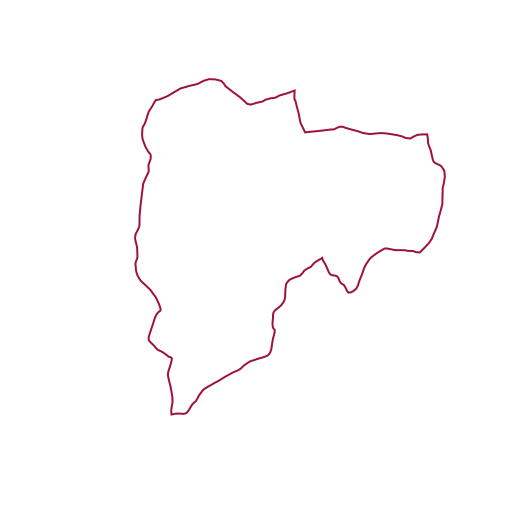 the district of Katsho, Ha, Bhutan, rotated 203°
{"feature_id": "84629894B80124152926189", "entity_name": "Katsho", "entity_type": "district", "adm_level": 2, "iso_a3": "BTN", "parent_name": "Bhutan", "parent_adm1": "Ha", "projection": "equal_earth", "projection_center": [89.286, 27.406], "detail": "fine", "context": "isolated", "style": "outline", "palette": "rose", "viewbox_px": 512, "rotation_deg": 203, "n_neighbors": 0, "source": "geoboundaries", "source_scale": "gbopen_adm2", "svg_char_len": 4037}
<svg xmlns="http://www.w3.org/2000/svg" viewBox="0 0 512 512"><g transform="rotate(203 256 256)"><path d="M116.0,408.1L118.1,409.5L120.7,411.1L121.9,411.4L124.4,411.5L127.5,411.6L129.4,412.3L130.9,413.8L134.3,418.5L136.4,421.5L140.6,425.8L141.7,427.2L143.3,430.5L145.9,434.9L147.2,434.2L148.6,433.7L151.2,432.5L154.2,430.9L155.6,429.7L157.5,427.6L159.8,424.5L162.3,423.7L164.7,423.1L168.2,423.2L172.7,422.5L177.4,421.4L183.7,419.8L188.8,418.1L192.5,416.2L197.0,413.7L198.9,412.8L201.4,412.0L205.9,411.0L211.6,410.6L216.0,409.9L219.1,409.5L222.1,409.1L226.3,408.8L228.3,408.3L229.9,407.3L231.5,405.6L233.4,403.4L234.5,402.5L236.4,401.8L242.2,398.4L248.4,394.9L255.2,391.2L259.1,389.0L261.8,391.4L266.8,395.7L267.8,397.0L272.5,404.0L276.9,409.6L280.2,414.1L282.0,415.5L283.9,420.2L285.1,423.4L290.5,418.3L297.0,413.0L300.0,409.3L304.3,406.8L308.5,403.4L310.2,400.9L314.8,397.6L319.8,393.4L323.3,392.6L324.5,393.0L328.2,394.4L333.1,396.0L342.0,398.1L350.5,400.4L353.1,402.2L356.3,403.6L362.3,402.7L368.2,400.5L372.6,396.9L376.9,391.6L383.7,386.6L390.9,380.8L395.9,374.1L399.9,368.6L403.9,364.5L406.4,362.1L409.2,360.4L409.8,356.3L410.0,353.7L410.4,351.5L411.1,347.0L410.8,342.6L410.3,338.5L410.1,334.4L410.3,332.9L410.6,330.5L410.3,328.7L409.1,325.5L408.0,322.6L406.5,319.9L404.1,317.1L400.5,313.4L396.1,310.0L392.9,308.4L391.7,306.4L391.0,304.2L390.7,302.1L390.6,299.2L390.4,297.3L389.0,294.5L388.1,292.7L387.7,291.1L387.9,288.7L388.0,284.7L388.1,280.6L388.0,278.1L387.0,274.7L382.1,257.6L378.7,247.0L377.3,243.7L375.3,238.8L375.0,237.4L374.9,235.9L375.0,233.7L375.2,231.4L375.4,229.5L374.8,226.9L374.3,225.1L373.1,223.2L370.7,220.1L368.9,217.6L368.2,216.2L366.5,212.6L364.9,209.1L364.5,207.6L364.3,203.8L364.1,202.2L363.5,200.7L362.3,198.8L361.3,196.6L359.9,194.6L358.1,192.4L354.9,189.8L352.5,188.2L348.1,186.6L340.1,183.6L335.4,180.7L332.4,179.1L327.2,174.5L325.3,172.5L324.1,171.2L323.1,169.9L322.6,168.5L324.0,165.9L324.7,163.5L324.9,160.8L324.8,158.8L324.3,153.1L323.5,143.2L323.2,140.1L322.6,137.9L321.3,136.2L318.4,135.0L316.9,134.4L314.3,133.4L312.8,132.5L310.7,131.5L309.3,131.2L306.4,131.2L303.9,130.9L302.0,130.5L299.4,129.9L297.9,129.4L296.5,129.2L295.1,129.5L293.5,128.9L292.7,126.3L292.4,123.8L292.1,121.8L291.8,118.2L291.6,115.8L291.1,113.3L290.3,111.5L287.8,107.9L283.3,101.9L278.2,94.1L275.9,89.4L275.5,88.0L274.4,83.1L273.7,80.7L271.9,77.1L270.3,78.1L268.3,79.5L265.7,80.7L261.0,82.4L259.2,83.7L258.3,85.1L257.5,88.5L257.1,91.8L256.7,94.3L255.9,96.6L254.7,98.8L254.3,101.2L254.0,105.4L253.2,108.9L252.0,112.9L250.6,114.9L249.4,116.6L246.9,119.8L244.0,123.7L242.1,125.9L240.4,128.3L237.5,132.4L232.7,138.6L230.9,140.7L228.4,143.1L226.1,146.3L224.3,150.5L222.1,154.1L220.1,156.9L217.9,158.7L214.6,161.7L210.0,165.4L207.4,167.8L206.2,169.3L205.4,171.3L205.3,175.0L206.0,178.3L207.2,182.7L208.0,186.2L208.7,191.3L209.1,193.3L209.9,195.2L211.5,196.0L212.6,197.0L214.2,199.7L215.4,203.1L216.3,206.1L217.1,207.8L217.6,209.6L217.8,211.2L217.4,213.1L216.4,215.1L214.6,218.1L213.5,220.8L212.7,224.2L212.6,226.9L213.2,229.9L214.0,231.7L214.8,233.9L216.0,237.0L217.0,240.7L217.3,242.3L217.0,243.9L216.1,246.6L215.1,248.1L212.8,250.6L210.4,252.8L207.9,254.9L206.5,258.3L205.9,261.3L203.8,264.5L201.3,267.4L199.7,272.4L198.1,274.9L195.3,278.7L194.3,280.1L193.4,278.8L191.9,277.5L189.9,276.2L187.6,274.3L185.4,272.2L183.8,270.7L182.3,269.2L180.1,268.0L177.5,268.3L175.3,268.9L173.3,268.9L171.4,267.8L169.3,265.6L166.9,264.1L163.9,263.7L161.9,262.4L160.2,260.9L158.3,259.2L156.6,258.4L154.6,259.5L152.9,261.4L151.0,265.0L150.8,267.0L150.6,269.1L151.0,271.4L151.2,274.6L151.2,280.1L151.8,287.1L151.4,291.6L150.4,296.9L149.5,299.7L146.0,305.7L142.7,310.3L140.5,313.2L137.9,314.2L135.5,314.7L131.0,315.6L129.8,315.9L126.1,317.5L122.2,319.1L120.4,319.7L118.6,319.9L113.6,321.9L110.1,322.1L106.5,323.3L104.2,329.2L101.9,335.4L100.9,340.7L101.0,346.6L100.9,352.9L101.8,358.2L103.0,363.8L103.7,369.8L104.8,376.9L106.6,381.1L109.1,387.6L110.7,391.4L111.7,397.1L113.1,402.7L116.0,408.1Z" fill="none" stroke="#9f1239" stroke-width="2"/></g></svg>